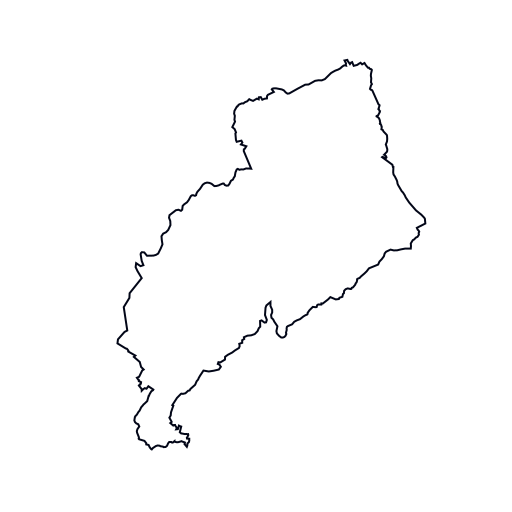 Coacoatzintla, Veracruz, Mexico, rotated 246°
{"feature_id": "50627088B62702999552661", "entity_name": "Coacoatzintla", "entity_type": "district", "adm_level": 2, "iso_a3": "MEX", "parent_name": "Mexico", "parent_adm1": "Veracruz", "projection": "mercator", "projection_center": [-96.952, 19.681], "detail": "fine", "context": "isolated", "style": "outline", "palette": "ink", "viewbox_px": 512, "rotation_deg": 246, "n_neighbors": 0, "source": "geoboundaries", "source_scale": "gbopen_adm2", "svg_char_len": 6108}
<svg xmlns="http://www.w3.org/2000/svg" viewBox="0 0 512 512"><g transform="rotate(246 256 256)"><path d="M232.5,93.9L224.5,99.4L223.8,100.3L222.5,100.7L220.9,100.9L220.6,100.5L214.1,105.3L213.5,103.4L206.5,106.7L201.4,105.9L198.0,107.2L197.7,105.5L193.2,100.1L193.2,97.7L190.6,98.2L190.5,98.5L189.4,98.6L189.1,98.2L187.5,99.7L186.5,99.1L185.7,98.2L186.0,97.8L185.3,96.3L181.0,97.4L179.4,96.8L180.3,99.1L180.5,100.7L180.2,100.9L179.3,102.0L180.8,104.7L175.7,107.9L175.3,107.4L175.0,105.4L173.3,102.9L171.7,101.2L171.8,101.0L167.7,97.6L166.4,93.9L166.1,92.8L165.6,92.0L164.5,89.6L162.1,86.8L161.3,85.1L159.5,82.6L158.8,80.7L158.3,80.3L158.2,79.9L155.3,78.0L153.5,77.9L151.7,78.6L150.2,80.0L147.7,80.0L146.1,77.3L144.5,75.9L143.0,75.5L138.2,75.3L137.3,75.0L136.8,74.5L136.1,74.7L132.5,78.9L129.7,79.6L128.5,79.1L127.1,81.0L124.3,81.1L122.2,81.7L121.7,82.1L122.5,83.7L123.1,87.2L122.9,89.1L121.9,90.8L121.1,91.3L119.7,93.5L119.0,93.8L118.3,95.7L118.7,97.3L119.2,98.0L120.6,99.5L121.4,101.1L120.5,103.0L119.8,103.3L119.4,104.1L120.0,106.2L119.5,106.0L118.0,108.0L117.5,109.5L117.1,112.7L116.5,113.1L114.6,115.2L114.3,115.2L113.3,114.2L109.8,115.2L110.7,116.1L112.7,117.2L113.2,118.9L114.4,119.9L116.2,120.7L117.3,118.7L118.2,119.0L118.3,119.4L119.9,121.3L120.9,121.5L121.1,120.7L121.6,120.3L122.3,118.5L124.0,116.1L124.3,115.5L126.0,114.7L130.6,118.3L131.8,117.0L132.4,116.6L129.6,114.2L130.1,112.6L131.1,113.8L134.4,113.1L134.6,113.2L135.0,112.2L134.8,111.4L138.2,109.8L138.5,111.2L138.8,111.5L143.5,111.1L145.0,113.2L147.8,114.8L152.9,119.6L153.8,118.9L158.5,126.1L160.6,131.4L160.6,131.9L159.8,133.1L159.3,135.7L160.5,139.2L160.2,140.7L161.2,142.0L163.1,148.0L165.7,150.8L166.7,152.9L167.8,154.0L169.4,156.2L172.7,161.4L169.7,165.9L168.4,170.7L167.4,175.9L169.1,178.8L171.6,178.4L172.9,177.2L174.3,178.5L173.3,180.1L174.0,185.5L176.5,186.8L177.2,190.2L177.5,195.0L178.3,198.4L178.9,203.0L180.3,204.4L182.6,205.0L182.3,208.1L184.7,209.1L185.0,211.5L186.7,211.9L186.7,215.8L185.5,219.3L185.2,223.1L186.7,226.8L188.9,229.2L189.7,231.1L195.0,233.3L194.9,234.9L191.7,236.7L191.3,238.2L193.2,239.9L198.4,240.2L204.9,243.7L206.6,245.4L208.1,250.5L204.5,248.9L200.3,248.9L197.8,247.8L196.0,245.8L193.3,245.0L191.1,245.9L188.6,246.0L183.1,247.0L179.1,244.1L176.8,243.6L173.7,244.6L171.3,245.9L170.6,247.3L170.5,249.0L171.1,250.5L172.4,252.0L173.6,252.1L176.0,254.0L177.4,254.5L178.7,255.4L179.0,256.6L178.9,261.2L180.4,264.2L180.6,267.2L180.4,270.5L181.5,274.7L181.8,277.1L181.7,278.8L182.1,279.6L183.1,280.1L184.7,282.8L186.4,287.2L185.0,289.6L184.7,290.6L186.2,291.9L186.4,293.1L185.1,295.9L186.1,296.5L185.4,297.6L187.0,304.1L188.2,307.2L183.9,311.2L183.0,314.2L183.9,315.2L183.6,318.3L185.9,320.0L186.2,321.1L188.4,322.4L189.2,324.4L189.1,326.6L187.4,328.9L187.2,329.7L188.0,330.5L187.9,331.9L189.5,335.1L190.4,335.8L191.0,337.1L192.5,338.4L193.7,338.9L193.9,340.1L193.8,341.7L194.6,343.5L195.9,347.9L197.0,350.9L198.8,354.2L198.5,364.1L200.7,366.5L201.9,369.5L203.7,372.7L206.0,374.6L207.0,376.6L207.1,381.5L205.1,384.1L203.8,387.2L203.1,391.1L202.1,395.3L199.8,400.4L202.0,401.6L204.5,402.5L206.7,405.7L206.8,407.2L207.8,409.6L207.8,411.3L209.2,413.5L210.8,413.9L211.8,415.0L213.0,414.9L214.4,414.4L216.3,414.4L216.8,423.9L221.2,425.4L221.8,425.4L223.0,425.1L226.3,423.9L232.6,420.7L242.5,417.7L248.6,416.6L250.9,416.6L254.3,416.1L255.8,415.5L262.9,414.7L264.5,414.7L266.7,415.3L268.5,415.4L272.2,415.2L274.5,414.8L276.5,415.3L281.4,417.7L281.6,417.3L283.9,417.7L295.0,411.4L295.1,411.8L292.6,414.6L293.0,415.3L294.3,415.4L295.5,414.9L296.4,414.2L297.9,417.9L298.6,418.6L300.2,419.4L304.1,419.9L305.0,419.9L307.4,422.3L309.6,423.5L312.5,424.6L313.5,424.7L318.0,423.1L319.5,423.1L320.7,422.1L322.8,423.4L323.2,423.3L324.4,423.6L325.8,423.5L326.1,423.0L326.6,423.0L327.1,423.7L328.4,423.9L329.5,424.3L331.8,424.4L333.4,423.7L334.5,422.9L334.8,423.1L334.8,424.7L337.1,427.6L337.8,428.1L338.0,427.8L340.0,427.9L340.5,427.6L341.0,428.3L341.5,428.5L343.1,430.0L343.6,430.2L344.8,429.6L359.7,429.6L360.6,429.3L361.2,428.5L362.3,428.1L365.2,430.6L365.9,431.8L367.9,431.7L371.5,433.6L373.9,434.2L375.6,435.1L378.8,437.5L379.7,437.3L380.8,436.0L382.0,435.8L382.4,434.9L385.4,434.0L388.2,433.6L387.9,430.9L390.0,430.1L389.7,427.4L389.5,427.0L389.4,426.1L390.0,422.6L394.0,422.7L394.0,421.5L393.1,419.9L397.1,419.1L398.0,419.2L398.6,416.4L395.3,416.6L394.5,415.9L393.3,415.7L394.0,414.8L394.3,413.5L393.8,411.3L393.1,409.3L392.9,406.9L393.1,403.9L392.9,401.2L392.6,398.9L389.6,390.9L389.7,387.5L391.1,384.6L392.0,381.2L391.3,373.8L392.5,370.6L391.9,362.0L391.0,352.5L391.5,350.8L393.3,349.7L396.0,348.8L397.7,347.3L401.1,342.4L401.9,340.5L402.2,339.0L401.8,338.2L398.6,339.0L398.4,332.4L397.6,331.1L395.5,330.1L396.2,327.7L396.2,325.3L399.2,325.0L399.8,323.2L398.0,322.2L399.4,320.8L398.9,316.4L400.7,314.6L402.0,313.6L400.9,310.9L401.0,308.5L400.5,306.5L401.2,305.1L401.3,302.2L401.0,301.2L400.8,301.1L400.1,299.7L400.3,299.3L397.3,295.3L394.9,293.9L392.7,293.7L389.2,291.7L387.3,291.5L383.4,286.8L380.6,288.1L377.0,288.0L376.3,287.0L370.2,284.9L368.2,284.8L367.3,289.6L365.2,289.7L364.0,287.6L360.2,291.8L358.5,289.3L358.4,288.3L356.8,287.5L337.7,287.1L338.6,285.5L340.0,282.5L340.2,279.7L341.2,277.5L341.5,275.9L343.0,274.8L342.9,273.6L340.8,271.3L337.4,269.0L336.6,267.6L335.2,266.0L334.9,263.7L332.7,261.1L331.7,259.3L332.2,257.7L333.5,256.4L335.3,256.0L335.7,255.2L335.8,252.3L335.7,250.7L336.1,248.2L336.8,246.4L340.0,244.8L341.7,243.2L343.0,241.1L343.3,238.7L342.8,236.4L340.1,232.2L338.5,228.6L337.2,226.9L335.9,226.0L335.8,224.7L337.1,223.3L337.5,222.2L337.2,220.8L334.5,217.3L333.1,214.8L332.4,211.3L331.6,209.4L328.3,207.4L327.8,205.8L329.8,204.0L330.4,201.4L328.5,193.6L326.3,192.1L322.8,191.9L319.0,190.4L315.5,186.4L314.3,183.5L314.2,180.3L312.5,177.7L308.8,176.4L304.7,175.3L301.7,172.1L298.0,167.6L297.7,165.0L298.1,162.4L300.6,156.5L304.7,155.4L305.9,153.3L305.4,152.0L304.5,151.3L298.1,149.6L293.4,149.4L293.7,146.4L298.2,143.6L294.8,141.5L290.4,141.6L282.3,142.6L273.4,125.4L269.2,123.3L263.1,114.4L240.3,108.1L240.1,105.0L236.0,96.0L232.5,93.9Z" fill="none" stroke="#020617" stroke-width="2"/></g></svg>